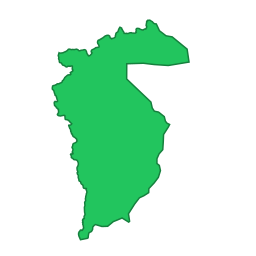 Solís de Mataojo, Lavalleja, Uruguay, rotated 82°
{"feature_id": "84410073B13887066663224", "entity_name": "Solís de Mataojo", "entity_type": "district", "adm_level": 2, "iso_a3": "URY", "parent_name": "Uruguay", "parent_adm1": "Lavalleja", "projection": "orthographic", "projection_center": [-55.418, -34.585], "detail": "fine", "context": "isolated", "style": "filled", "palette": "green", "viewbox_px": 256, "rotation_deg": 82, "n_neighbors": 0, "source": "geoboundaries", "source_scale": "gbopen_adm2", "svg_char_len": 5803}
<svg xmlns="http://www.w3.org/2000/svg" viewBox="0 0 256 256"><g transform="rotate(82 128 128)"><path d="M43.9,185.8L46.5,187.0L48.7,186.7L49.3,187.0L49.9,187.1L51.3,186.7L52.9,186.8L53.6,186.6L54.3,185.1L54.8,184.7L55.8,184.4L56.5,184.0L57.0,183.3L57.1,182.6L57.3,182.2L58.4,181.4L58.9,180.6L59.0,180.0L58.8,179.4L58.5,179.1L58.4,178.6L58.7,177.7L58.6,177.3L58.9,176.6L58.7,176.2L58.7,175.6L58.8,175.0L58.9,174.6L59.2,174.5L59.8,174.7L60.5,174.7L61.7,175.0L62.4,174.9L62.4,174.6L63.3,174.6L63.9,174.8L64.2,175.2L64.2,175.4L64.5,175.7L64.5,176.2L65.2,177.5L65.4,177.5L65.5,177.4L65.5,177.2L66.7,177.1L66.9,177.2L67.3,177.8L67.1,179.3L67.2,180.4L68.9,183.1L69.3,183.6L71.4,185.2L71.8,185.7L72.0,186.3L73.2,186.8L73.7,187.6L73.9,188.2L74.1,188.4L74.2,189.5L74.7,190.3L74.4,191.3L74.5,192.1L74.6,192.4L74.9,192.6L75.2,193.1L75.2,193.8L75.5,194.4L75.6,194.9L75.5,195.3L75.9,196.8L77.7,197.4L78.7,197.5L79.3,197.4L79.8,196.8L81.0,196.2L83.1,196.0L84.8,195.6L85.3,195.7L85.7,195.4L86.0,194.9L86.8,194.6L87.5,194.6L88.0,194.4L89.6,194.3L90.3,194.1L91.6,194.0L92.0,194.5L92.0,195.1L91.9,195.7L91.5,196.5L92.0,197.0L92.1,197.3L92.8,197.6L95.4,197.6L96.0,197.2L96.2,196.9L96.7,196.6L97.3,196.2L98.1,196.0L98.2,195.7L98.3,195.6L99.5,194.8L99.5,194.6L99.9,194.3L101.2,194.5L102.5,194.5L103.3,194.8L103.5,195.1L104.3,195.6L104.6,196.0L105.1,196.0L105.7,195.6L106.1,195.1L106.7,193.3L106.5,190.4L106.6,189.4L106.8,189.0L107.0,188.8L110.5,189.0L111.0,188.5L111.4,186.9L112.2,185.9L112.4,185.9L112.5,185.6L113.0,185.2L113.5,184.8L113.9,184.8L114.4,184.2L115.5,183.6L115.9,183.1L116.3,183.3L117.0,184.3L117.2,185.2L117.0,185.5L116.9,186.1L117.0,186.3L117.4,186.4L118.4,186.1L120.1,185.8L121.2,185.2L122.9,185.1L123.4,185.2L123.9,184.9L124.3,184.9L125.8,184.7L125.9,184.3L126.7,184.2L127.3,183.8L127.5,183.9L127.9,183.9L129.1,183.2L129.6,182.3L131.0,181.1L131.4,180.6L131.9,180.4L132.5,180.6L132.8,180.5L133.0,180.2L134.0,180.4L134.7,181.1L135.2,181.9L135.8,184.2L136.0,184.5L137.2,185.1L138.1,185.3L138.9,185.9L139.4,186.1L139.8,186.1L140.0,185.8L140.6,185.7L141.3,185.5L142.2,185.6L144.1,186.6L144.5,186.5L144.8,186.3L145.0,186.4L145.1,186.1L145.3,185.9L145.8,186.1L146.1,186.3L146.1,186.8L145.9,187.5L145.7,188.1L146.3,188.6L146.5,188.5L146.6,188.3L147.9,188.0L149.1,188.2L149.4,188.2L149.9,187.7L150.5,186.8L151.5,186.3L151.7,186.0L152.0,185.3L152.0,184.8L152.7,183.2L153.6,182.6L155.5,182.1L156.7,182.2L157.5,182.4L158.4,182.8L159.9,183.9L160.2,184.0L161.6,184.2L162.2,184.1L162.6,184.2L163.8,183.9L164.5,183.8L165.0,184.0L165.1,184.5L165.6,184.6L167.0,184.4L167.4,184.0L168.1,183.8L170.1,184.2L172.4,183.8L173.0,183.9L173.7,183.7L174.5,182.6L175.3,182.3L175.7,182.4L176.7,182.1L178.4,180.6L179.5,180.5L180.3,180.6L181.1,180.4L181.4,180.2L181.8,179.4L182.0,177.9L182.1,177.7L182.9,178.1L184.9,177.6L186.2,177.7L187.3,178.4L188.5,178.7L189.9,179.4L191.0,179.6L192.3,180.1L192.9,180.0L194.2,180.1L195.3,181.1L195.8,181.3L198.8,181.4L200.3,182.2L201.1,182.3L205.3,182.7L207.7,182.5L208.0,182.6L208.2,183.0L209.5,183.8L211.1,184.0L211.6,183.9L211.8,184.5L211.7,184.9L212.5,185.6L213.0,185.9L213.5,185.8L213.9,185.5L214.3,185.7L215.0,186.2L215.4,186.1L215.7,185.7L216.3,186.0L217.5,186.2L218.1,185.9L218.8,185.8L219.7,186.0L220.6,185.8L221.0,185.9L221.7,186.6L222.3,186.8L222.9,187.4L223.0,187.7L222.9,188.2L222.4,188.6L222.5,189.2L222.7,189.6L223.4,190.0L223.9,190.8L224.7,191.1L225.2,191.6L226.0,191.6L226.7,191.8L228.4,191.6L232.0,190.6L231.6,183.7L231.2,182.8L228.5,182.1L226.5,181.4L225.9,180.2L225.4,178.6L223.6,177.2L221.2,176.7L219.6,174.9L219.1,173.6L221.9,167.5L222.5,161.8L218.6,155.5L217.8,152.1L216.3,146.4L221.3,140.4L220.6,139.4L213.0,139.5L204.2,132.0L198.7,126.4L197.3,121.8L194.9,116.5L190.9,115.8L186.1,109.8L181.1,104.8L174.7,101.8L169.4,102.2L167.2,104.3L162.4,103.6L157.9,100.8L154.3,96.6L146.6,95.0L139.4,93.7L132.6,87.9L130.3,86.3L128.7,88.7L126.4,90.0L121.8,90.5L116.5,95.5L115.0,99.6L111.6,101.2L105.5,101.7L79.3,122.5L64.2,120.3L66.0,103.8L68.8,93.2L71.7,79.4L71.2,58.4L58.1,58.5L43.9,71.6L42.0,77.5L36.1,83.3L28.9,85.5L28.5,87.0L28.0,87.8L27.6,88.2L26.1,89.1L25.7,89.8L24.6,90.9L24.2,91.5L24.3,92.2L24.0,93.3L24.1,93.5L24.7,93.7L24.8,93.8L24.6,94.2L25.4,94.8L25.9,94.8L26.7,95.1L29.0,95.8L29.4,95.7L29.7,95.3L31.1,95.6L31.4,95.7L31.8,96.2L32.5,96.6L32.5,96.9L32.3,97.2L32.3,97.6L32.8,99.1L33.1,99.5L32.4,101.3L31.5,102.7L31.0,103.2L30.6,104.9L30.6,105.3L30.9,105.9L31.5,106.3L31.9,106.3L32.4,106.2L33.9,106.8L34.5,106.6L35.1,107.7L34.6,110.4L34.3,111.2L34.1,111.4L34.0,112.3L34.1,113.6L34.4,114.0L34.4,114.4L34.4,115.2L34.3,115.7L34.0,116.3L34.2,116.7L33.8,118.0L33.8,118.6L32.3,118.9L31.4,119.4L29.2,120.2L29.1,120.4L28.2,120.4L27.2,121.7L27.1,122.1L28.1,122.8L28.5,123.2L29.1,123.4L29.8,124.0L30.6,124.1L31.6,125.0L32.0,126.2L32.9,126.9L33.7,127.1L34.6,127.6L35.7,127.7L36.4,128.3L37.0,129.5L37.1,130.9L37.4,131.6L37.1,131.7L37.0,132.2L36.5,132.6L36.4,132.9L36.0,133.2L34.6,133.3L33.8,134.0L33.4,134.7L33.3,136.1L33.6,136.9L33.6,137.5L33.7,137.8L35.1,140.2L35.4,140.6L35.4,141.0L36.1,142.2L36.1,142.9L36.9,144.0L37.0,144.2L36.8,144.9L37.0,145.3L37.3,145.6L38.5,146.2L39.2,146.3L40.0,146.2L41.4,145.6L42.7,145.2L43.2,145.2L43.7,145.5L43.9,146.1L43.8,146.5L44.0,146.9L43.9,147.7L44.0,148.2L43.9,148.6L44.8,150.3L45.7,153.0L46.1,153.4L47.1,153.8L47.6,153.8L48.2,153.2L49.3,153.6L49.6,153.9L50.7,155.2L51.2,156.6L51.1,157.0L50.7,157.3L49.5,157.7L48.8,158.2L48.2,158.4L47.0,158.4L45.1,159.0L44.6,159.6L44.4,160.0L44.3,160.6L44.6,161.7L44.5,162.5L44.5,164.0L44.8,164.7L44.8,165.2L44.6,165.9L43.8,166.4L42.8,167.8L42.8,169.3L42.9,170.5L42.5,171.7L42.5,172.3L42.6,172.7L42.2,174.0L41.8,174.6L41.7,175.7L41.8,176.2L42.2,176.6L42.8,177.3L43.5,178.7L43.6,179.1L43.8,179.4L43.9,180.4L44.4,181.6L44.5,182.6L44.4,184.9L44.3,185.4L43.9,185.8Z" fill="#22c55e" stroke="#15803d" stroke-width="1.5"/></g></svg>